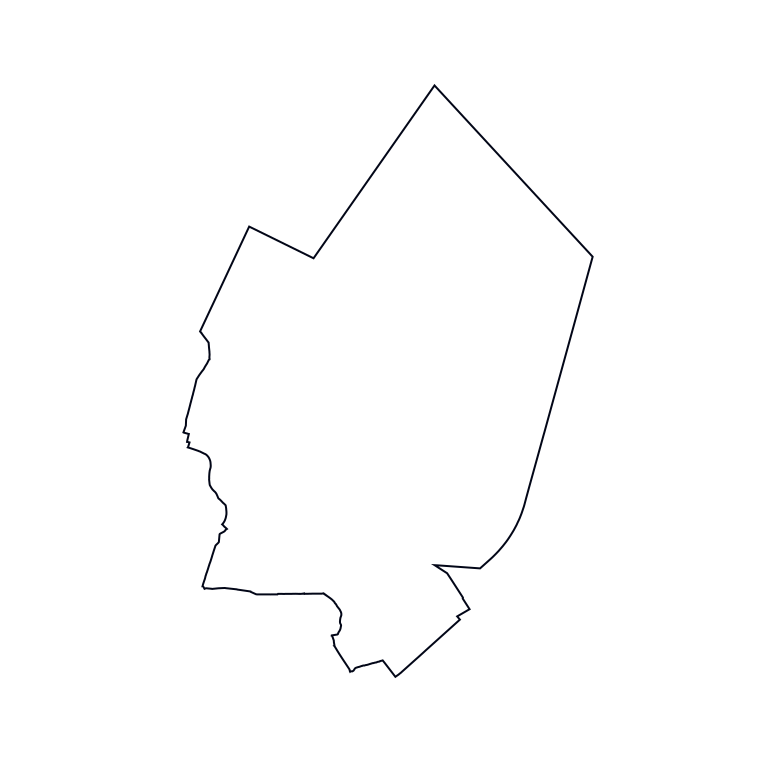 outline of Westvoorne, Zuid-Holland, Netherlands, rotated 126°
{"feature_id": "6326949B61212698350093", "entity_name": "Westvoorne", "entity_type": "district", "adm_level": 2, "iso_a3": "NLD", "parent_name": "Netherlands", "parent_adm1": "Zuid-Holland", "projection": "orthographic", "projection_center": [4.123, 51.889], "detail": "fine", "context": "isolated", "style": "outline", "palette": "ink", "viewbox_px": 768, "rotation_deg": 126, "n_neighbors": 0, "source": "geoboundaries", "source_scale": "gbopen_adm2", "svg_char_len": 5890}
<svg xmlns="http://www.w3.org/2000/svg" viewBox="0 0 768 768"><g transform="rotate(126 384 384)"><path d="M614.2,202.7L610.5,201.4L608.9,201.0L607.6,200.6L606.5,200.4L579.1,194.5L574.6,193.6L530.0,184.1L529.0,188.2L515.9,182.4L511.3,194.2L510.4,194.6L502.4,215.3L500.3,220.9L500.0,221.6L500.8,236.5L498.8,233.4L476.7,197.9L462.8,194.9L460.3,194.4L457.9,194.0L455.3,193.6L451.5,193.1L450.1,193.0L445.3,192.6L440.1,192.4L437.6,192.4L434.5,192.5L432.3,192.6L431.0,192.7L429.6,192.8L428.3,192.9L426.0,193.1L423.0,193.5L420.1,193.9L417.2,194.5L414.9,194.9L412.6,195.4L410.3,196.0L408.0,196.6L405.7,197.3L403.5,198.0L401.2,198.7L399.0,199.5L392.8,201.9L381.7,206.1L350.4,217.8L337.6,222.6L330.9,225.1L328.7,225.9L302.9,235.6L226.0,264.5L158.4,290.0L147.0,347.3L112.8,518.6L323.7,514.9L335.9,585.6L419.3,569.5L424.1,568.6L449.6,563.7L450.0,562.2L449.9,562.2L450.0,561.8L450.1,561.4L450.3,561.0L450.5,560.5L451.5,557.3L453.0,552.2L453.2,551.6L453.5,550.6L453.5,550.4L453.7,550.1L454.1,549.8L456.4,547.8L456.8,547.5L458.7,545.8L460.6,544.1L460.9,543.9L462.7,542.4L463.8,541.7L465.1,540.9L465.3,540.7L466.4,539.7L466.6,539.6L467.1,539.9L467.5,539.9L471.5,539.2L473.6,539.1L475.8,538.9L477.8,538.6L478.3,538.6L479.1,538.6L480.7,538.7L483.4,538.7L483.7,538.7L484.1,538.7L485.3,538.7L488.9,538.5L490.3,538.4L490.9,538.2L496.7,535.7L497.8,535.3L500.4,534.2L502.8,533.3L505.4,532.2L506.1,532.0L507.4,531.5L508.3,531.1L510.5,530.3L511.4,529.9L513.8,529.0L514.5,528.7L517.5,527.5L518.8,527.0L522.9,525.4L523.3,525.2L524.6,524.8L528.9,523.3L534.2,519.8L541.1,517.8L541.1,517.7L540.5,516.0L539.5,513.4L539.4,512.9L539.2,512.5L545.2,510.0L546.6,509.3L546.3,508.8L545.6,507.0L548.8,505.9L550.4,505.4L550.6,505.4L549.7,502.8L549.1,500.9L548.9,500.3L548.5,499.0L547.2,494.7L547.1,494.1L546.8,493.2L546.4,490.7L546.2,489.6L546.1,488.9L545.8,487.6L545.7,486.8L545.7,486.0L545.9,484.6L546.1,483.9L546.3,483.1L546.6,482.4L547.0,481.5L547.4,480.9L547.8,480.2L548.3,479.5L548.9,478.8L549.4,478.3L551.5,476.5L552.3,475.9L553.0,475.5L553.7,475.1L554.3,474.9L555.2,474.6L555.6,474.4L556.7,474.0L557.4,473.6L558.7,472.9L560.6,471.7L562.0,470.8L563.0,470.0L564.0,469.4L564.9,468.6L566.2,467.4L567.0,466.7L567.7,466.0L568.1,465.6L568.4,465.1L568.6,464.6L569.3,463.1L569.7,462.1L570.0,461.2L570.2,460.5L570.3,459.7L570.5,458.7L570.6,457.5L570.8,456.5L571.1,455.7L571.5,454.7L571.7,454.4L572.5,453.0L573.8,450.9L573.9,450.5L573.9,450.3L573.9,449.4L574.0,448.6L574.1,447.8L574.3,446.7L574.6,445.2L574.8,444.1L574.8,443.4L575.1,441.4L575.2,440.9L575.5,440.5L576.0,440.0L577.6,438.4L577.9,438.2L578.9,437.3L580.3,436.1L580.9,435.7L581.7,435.1L582.2,434.8L584.1,433.9L585.2,433.4L586.4,433.0L587.5,432.7L588.4,432.5L589.0,432.4L590.3,432.3L591.1,432.3L592.7,432.4L592.7,432.1L592.8,431.2L593.2,429.6L593.3,428.6L593.3,428.2L593.6,425.9L594.1,426.1L595.0,426.4L595.4,426.4L595.7,426.4L596.0,426.4L596.5,426.4L597.3,426.6L598.2,427.0L600.2,428.0L601.0,428.4L601.5,428.6L601.8,428.7L602.1,428.7L602.4,428.6L602.7,428.4L603.9,427.7L608.6,424.9L609.0,424.7L609.3,424.7L609.6,424.7L610.4,424.8L613.2,425.3L613.5,425.3L614.0,425.3L614.5,425.1L618.9,423.7L623.1,422.3L623.8,422.1L624.2,421.9L627.4,420.8L627.8,420.7L628.3,420.5L629.2,420.2L632.0,419.4L632.5,419.3L633.2,419.0L634.8,418.5L637.1,417.7L639.0,417.1L640.5,416.6L640.8,416.5L641.1,416.5L641.4,416.4L641.8,416.3L642.8,415.9L644.2,415.5L646.3,414.6L647.5,414.2L648.9,413.8L652.3,412.7L654.1,412.0L654.0,411.9L654.3,410.7L654.5,410.3L655.2,408.8L653.9,408.0L651.0,403.1L650.9,402.7L646.6,397.9L642.6,392.9L642.1,391.9L636.6,382.3L636.6,382.0L632.4,374.0L630.3,370.0L630.5,369.7L629.3,363.9L628.8,363.0L627.6,361.3L625.4,358.3L624.2,356.7L622.7,354.6L621.8,353.4L620.8,351.9L619.4,350.1L616.8,346.5L616.1,346.4L612.8,341.8L612.3,341.1L611.2,339.7L608.0,335.3L605.5,332.0L604.1,329.9L603.8,329.5L603.4,329.0L603.3,328.7L602.4,327.6L601.9,327.0L601.7,326.7L601.4,326.5L601.2,326.4L601.0,326.2L600.7,325.7L600.4,325.5L600.7,325.1L600.4,324.8L600.1,324.5L599.1,323.1L598.4,322.2L597.5,321.0L596.3,319.4L596.1,319.2L594.1,316.5L593.0,315.0L590.1,311.0L589.0,310.0L589.1,309.7L589.1,309.4L589.1,308.9L589.0,307.8L588.9,307.9L588.9,306.5L589.0,306.5L588.9,304.2L588.9,303.3L588.9,301.8L588.9,301.0L589.0,299.1L589.2,298.1L589.3,297.1L589.5,296.2L589.6,295.9L589.7,295.7L589.9,295.5L590.3,294.1L590.3,293.9L590.3,293.7L590.5,293.2L590.7,292.7L591.4,291.3L592.3,288.1L592.4,287.7L592.6,287.1L593.0,286.4L593.4,285.6L593.8,284.8L594.1,284.5L594.3,284.1L594.7,283.7L595.3,283.2L595.9,282.8L596.2,282.6L596.5,282.5L598.1,282.0L598.6,281.9L599.2,281.6L600.4,281.0L601.1,280.6L601.7,280.2L602.1,280.0L602.4,279.7L602.7,279.5L603.0,279.2L603.4,278.7L604.0,277.5L604.1,277.3L604.3,277.1L604.5,276.9L604.7,276.7L604.9,276.6L605.2,276.5L607.3,275.5L607.8,275.3L608.3,275.2L608.8,275.0L609.2,275.0L609.6,274.9L611.5,274.8L612.1,274.7L612.5,274.6L613.4,274.3L613.6,274.3L613.8,274.4L614.1,274.5L616.0,276.4L617.5,277.9L617.6,278.0L618.1,278.5L618.3,278.4L618.2,278.2L618.3,277.9L619.3,276.3L620.1,275.2L620.7,274.3L621.0,273.9L621.3,273.6L622.2,272.9L622.8,272.3L625.1,269.9L625.2,270.0L625.3,269.6L627.2,265.1L628.9,260.9L630.7,256.2L631.9,253.0L632.3,251.9L634.8,245.2L635.1,244.4L635.4,243.9L635.5,243.7L636.0,243.3L636.1,243.1L636.5,242.7L636.7,242.3L636.1,242.2L635.6,241.5L635.2,240.8L634.6,240.5L633.9,240.2L633.3,240.2L632.6,240.2L631.7,240.3L631.2,240.3L630.5,240.1L629.8,239.7L629.0,239.1L628.6,238.8L628.0,238.4L627.8,238.1L626.7,237.3L625.2,236.3L625.1,236.1L624.0,235.4L623.9,235.3L623.4,234.5L623.3,234.4L622.2,233.6L621.7,233.1L621.2,232.6L620.9,232.4L620.7,232.2L619.9,231.6L619.3,231.2L616.5,229.1L616.1,228.6L614.8,227.6L613.6,226.4L613.4,226.3L612.9,226.1L612.4,225.7L612.1,225.4L611.5,224.8L611.4,224.7L611.1,224.6L610.9,224.4L610.7,224.4L610.1,224.0L609.9,223.8L609.3,223.3L609.1,223.1L608.4,222.6L609.3,219.3L614.2,202.7Z" fill="none" stroke="#020617" stroke-width="2"/></g></svg>